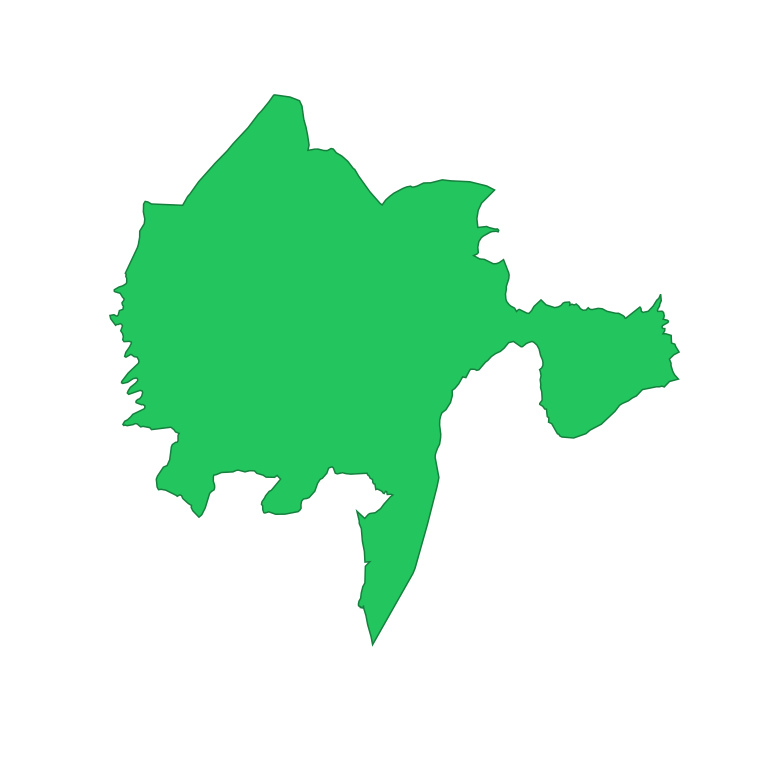 outline of Atlahuilco, Veracruz, Mexico, rotated 194°
{"feature_id": "50627088B44010048169487", "entity_name": "Atlahuilco", "entity_type": "district", "adm_level": 2, "iso_a3": "MEX", "parent_name": "Mexico", "parent_adm1": "Veracruz", "projection": "equal_earth", "projection_center": [-97.121, 18.686], "detail": "fine", "context": "isolated", "style": "filled", "palette": "green", "viewbox_px": 768, "rotation_deg": 194, "n_neighbors": 0, "source": "geoboundaries", "source_scale": "gbopen_adm2", "svg_char_len": 6170}
<svg xmlns="http://www.w3.org/2000/svg" viewBox="0 0 768 768"><g transform="rotate(194 384 384)"><path d="M598.6,283.5L580.3,290.5L576.8,288.9L574.7,287.1L570.9,286.5L571.4,284.2L570.1,279.1L570.7,277.3L572.1,277.0L574.7,274.0L575.1,271.5L573.6,258.7L574.7,252.4L577.9,250.0L581.5,239.9L581.9,236.5L579.2,229.1L577.2,226.9L574.8,227.9L570.1,228.2L558.3,225.6L557.5,225.0L555.3,227.1L553.4,226.7L551.5,224.2L545.0,220.7L541.4,219.6L541.2,217.5L538.8,214.7L531.3,210.0L529.2,213.0L527.5,220.4L526.7,235.7L525.3,238.1L523.3,240.2L523.2,242.3L523.9,244.8L526.1,248.4L527.1,252.6L527.1,254.4L524.9,255.4L520.3,258.8L509.3,262.2L506.3,264.5L504.4,265.2L497.7,265.1L493.3,267.4L488.7,268.4L485.8,266.6L479.2,266.3L475.9,265.1L467.6,267.0L465.6,269.4L461.3,266.7L467.6,253.6L469.4,252.1L471.9,246.7L472.2,244.8L473.9,240.2L473.8,237.6L472.3,236.5L471.2,232.7L469.5,230.1L468.4,230.0L464.8,232.1L457.6,231.4L448.5,233.8L436.4,239.4L434.9,241.7L434.4,243.4L435.4,246.8L435.6,250.5L434.3,253.0L431.3,254.2L429.2,255.7L425.2,263.2L424.4,271.6L422.9,276.0L421.0,277.6L417.9,283.6L417.4,289.0L414.4,291.1L412.9,290.4L409.7,285.7L407.6,285.5L402.8,287.9L399.4,287.8L394.5,288.5L378.9,293.3L377.8,291.8L376.6,291.5L374.5,289.2L372.1,288.6L371.0,285.8L370.0,284.7L368.6,284.7L366.4,279.6L365.0,280.5L361.6,279.8L359.9,279.3L358.5,278.0L357.4,277.7L356.5,280.2L355.4,280.2L354.1,277.6L350.7,278.7L348.6,278.4L350.4,276.1L355.0,267.4L357.1,262.3L361.3,257.0L366.4,254.9L367.7,253.6L370.2,248.9L379.5,254.0L374.9,245.1L374.3,242.7L371.0,238.2L366.9,226.1L362.5,216.7L359.4,206.6L354.8,208.1L358.0,202.6L354.4,186.4L355.5,182.3L355.5,175.7L354.8,170.5L355.7,167.2L355.6,164.3L355.0,162.6L352.8,162.2L352.9,161.4L350.5,161.5L350.2,164.1L349.7,162.0L345.4,154.8L341.7,146.7L335.4,135.7L332.0,128.3L310.1,207.1L309.3,212.6L307.9,258.2L307.7,297.1L308.1,306.5L316.6,325.1L317.1,328.0L317.0,330.3L316.5,334.8L315.5,339.0L316.1,345.7L316.8,349.0L320.1,357.6L321.2,362.5L321.3,366.7L320.8,370.1L317.7,374.0L315.0,382.1L314.9,389.5L316.3,394.3L314.2,396.8L311.6,402.1L309.4,409.9L306.1,410.0L304.3,417.5L303.6,419.3L299.6,420.2L297.3,419.7L295.3,420.8L290.8,429.8L289.1,431.8L286.4,436.7L283.1,440.5L279.0,443.8L276.1,447.8L273.1,454.2L268.7,456.6L260.0,453.3L258.7,453.7L255.7,457.7L253.9,459.1L250.7,461.1L248.6,460.7L244.9,458.7L241.9,455.3L239.0,449.6L236.1,445.8L235.0,443.5L234.3,440.5L234.9,437.7L236.5,435.5L235.5,434.3L233.6,430.0L233.5,425.9L231.8,421.6L231.2,418.3L229.0,414.5L227.0,407.9L226.7,406.4L228.2,402.8L228.0,401.9L224.6,400.8L222.0,398.6L220.3,398.9L217.7,391.9L215.8,391.0L215.1,386.8L211.7,386.1L203.6,377.6L202.2,377.6L200.9,376.2L198.6,375.6L186.9,377.5L176.0,384.7L172.9,389.1L163.4,397.6L153.3,413.3L150.3,420.3L148.1,422.7L142.8,426.8L139.6,430.6L136.2,433.5L131.9,441.1L119.0,447.2L115.9,448.0L113.7,449.2L111.4,448.9L107.6,455.5L99.5,460.0L104.4,463.3L107.0,466.3L109.9,471.2L110.6,473.8L113.1,477.2L109.8,482.5L105.4,486.4L110.0,490.9L111.4,493.0L114.9,493.3L117.1,500.6L122.6,500.9L125.5,500.2L124.5,503.5L124.9,505.7L126.7,505.4L127.6,505.8L128.1,506.8L127.8,508.1L123.3,512.4L123.2,513.8L124.4,514.4L128.9,514.4L128.5,516.2L128.6,518.0L130.1,521.1L131.8,521.9L135.9,520.7L136.5,521.5L136.3,523.8L135.5,526.0L135.7,528.4L135.1,531.8L137.3,538.1L138.0,533.7L139.6,531.3L141.7,524.7L145.2,518.5L150.0,516.1L151.9,516.9L153.0,519.6L154.3,520.6L165.4,506.2L166.4,506.4L167.0,507.4L168.6,508.2L173.5,509.4L176.2,508.7L185.2,508.5L190.4,509.8L194.5,509.2L200.0,506.6L202.1,506.3L204.3,507.4L205.9,504.6L208.7,503.7L211.7,504.6L213.9,506.6L216.9,508.1L218.4,506.7L221.0,506.9L222.9,505.3L223.1,507.6L223.9,508.4L228.5,506.9L229.9,505.7L231.3,502.9L233.7,500.9L236.9,499.4L245.9,500.0L252.0,503.6L257.3,495.4L258.5,491.0L260.3,487.7L262.4,487.3L270.6,489.1L271.5,488.7L273.0,486.4L275.6,489.2L279.9,490.3L281.9,491.3L284.9,493.7L286.3,495.9L287.9,500.7L288.2,505.6L288.9,508.0L288.4,516.5L289.0,520.1L289.9,522.0L298.1,533.6L301.6,529.6L304.2,527.9L307.1,527.1L316.7,529.2L321.5,528.5L328.1,530.3L325.1,532.7L324.3,534.3L326.1,539.5L326.4,545.2L325.0,549.4L323.5,551.5L317.9,556.8L316.1,558.0L312.2,559.3L310.0,559.3L309.9,560.9L311.4,561.9L313.6,561.2L319.8,561.2L322.4,561.7L330.8,558.6L333.9,566.9L334.6,575.4L333.1,583.1L323.6,599.0L332.1,601.0L349.7,601.0L368.3,597.3L376.8,596.2L387.4,590.5L394.2,588.6L399.7,584.1L402.1,582.7L404.1,581.8L406.0,582.4L409.5,580.8L412.9,578.4L420.7,571.4L424.0,567.2L426.9,562.9L429.1,557.3L431.5,558.3L444.2,567.1L458.8,579.5L464.3,585.1L466.1,585.8L473.0,591.3L479.9,594.9L486.2,596.8L490.0,599.7L492.3,599.7L495.4,596.8L498.9,596.0L504.7,596.0L508.1,595.1L514.3,592.3L514.5,597.7L518.4,607.1L521.8,614.3L525.8,621.3L530.8,633.8L534.5,638.4L544.6,639.7L560.0,638.1L561.0,637.5L563.9,630.0L568.9,619.3L571.3,615.2L578.0,599.6L588.3,581.1L592.7,572.0L601.3,557.3L612.8,535.4L618.2,521.6L619.8,518.6L622.6,508.7L653.2,502.4L657.1,503.5L659.9,503.4L660.8,500.4L659.1,492.7L656.0,486.2L655.4,481.6L658.0,473.2L656.6,467.2L656.1,460.0L656.3,456.5L661.8,428.8L660.6,427.9L660.6,426.0L659.2,424.3L658.3,420.4L658.4,419.1L661.3,416.0L664.6,414.0L668.5,410.2L668.2,408.8L667.4,408.4L661.9,408.2L658.7,405.0L656.7,403.7L656.8,402.0L657.9,399.4L657.0,397.6L655.6,396.3L655.4,393.3L658.5,391.2L658.6,386.6L659.2,385.5L660.3,385.2L662.8,385.9L666.5,384.2L665.0,381.2L658.6,376.0L657.7,377.1L656.2,377.5L654.6,378.8L653.0,378.4L651.8,377.1L652.3,371.9L649.9,369.7L648.4,367.0L648.2,363.7L646.5,362.2L641.4,363.8L639.3,363.5L639.0,362.1L640.0,358.0L642.2,352.2L642.3,348.0L640.9,347.6L636.7,351.6L633.0,350.1L630.1,350.4L627.8,347.9L627.2,346.4L627.3,344.7L634.9,332.7L639.1,323.0L639.0,321.7L637.8,321.3L633.2,323.6L628.7,328.5L625.9,329.9L624.8,329.7L623.9,328.5L623.9,327.3L625.4,324.5L629.3,319.4L630.6,315.4L630.9,313.2L629.2,312.2L619.1,318.8L617.0,318.7L616.1,317.4L616.2,313.4L617.6,310.5L619.1,309.5L620.3,307.8L620.4,306.5L619.9,305.9L614.2,305.2L612.9,305.8L610.8,305.0L610.3,303.0L610.8,301.8L620.4,293.8L621.7,291.0L624.1,287.3L626.6,285.1L627.6,281.6L626.4,280.8L625.4,281.5L623.2,281.4L617.6,283.9L616.0,285.3L613.9,285.6L609.7,283.5L607.6,284.6L600.6,285.0L598.6,283.5Z" fill="#22c55e" stroke="#15803d" stroke-width="1.5"/></g></svg>